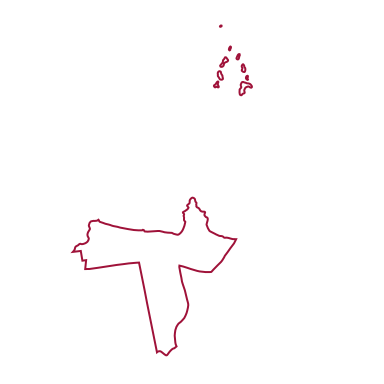 outline of Ha Tien, Kiên Giang, Vietnam, rotated 138°
{"feature_id": "81297802B34321495303848", "entity_name": "Ha Tien", "entity_type": "district", "adm_level": 2, "iso_a3": "VNM", "parent_name": "Vietnam", "parent_adm1": "Kiên Giang", "projection": "mercator", "projection_center": [104.405, 10.36], "detail": "fine", "context": "isolated", "style": "outline", "palette": "rose", "viewbox_px": 384, "rotation_deg": 138, "n_neighbors": 0, "source": "geoboundaries", "source_scale": "gbopen_adm2", "svg_char_len": 5889}
<svg xmlns="http://www.w3.org/2000/svg" viewBox="0 0 384 384"><g transform="rotate(138 192 192)"><path d="M306.8,87.6L306.6,88.2L306.0,89.8L305.1,91.3L301.0,96.8L299.3,98.4L296.8,100.5L293.8,102.2L291.5,102.9L290.1,103.2L287.0,103.0L284.6,103.2L282.1,103.5L279.5,104.5L277.0,105.7L274.8,107.1L272.4,108.8L270.6,110.3L269.7,111.4L268.9,112.8L267.5,115.6L263.1,123.7L260.6,129.5L259.4,132.1L257.4,135.2L254.6,140.0L251.6,144.8L250.6,145.7L248.4,142.5L246.0,138.4L244.5,135.7L241.0,130.0L239.5,127.9L235.3,123.2L231.4,119.8L230.8,119.7L228.0,120.0L221.8,120.4L217.3,120.6L215.5,120.9L212.0,121.9L210.3,122.6L205.7,123.5L200.9,124.6L195.2,125.7L192.8,126.6L190.8,127.4L193.3,129.8L194.7,131.9L195.4,133.1L196.2,134.2L197.2,135.3L198.1,135.9L198.5,136.4L198.7,136.8L198.8,138.1L199.1,138.8L199.4,139.3L200.9,140.9L201.3,141.6L202.0,143.3L202.4,144.1L202.8,145.3L204.7,150.2L204.9,150.8L205.0,151.6L204.4,154.4L203.1,157.9L202.8,158.2L202.4,158.5L200.9,159.5L199.7,160.2L198.3,161.4L198.0,162.0L197.8,162.6L197.8,162.8L198.4,164.0L198.4,165.9L198.3,166.3L198.0,166.7L197.6,167.1L197.1,167.4L196.1,167.9L195.8,168.3L195.8,168.6L195.9,169.0L197.0,170.0L197.5,170.6L197.9,171.2L198.1,171.6L198.2,172.4L198.1,173.4L197.9,174.1L197.8,175.4L198.0,176.1L198.5,177.3L198.5,177.9L198.4,178.4L197.9,178.8L197.4,179.7L196.3,180.6L195.9,181.1L195.9,182.4L195.6,183.1L194.8,184.4L194.6,184.8L194.6,185.3L194.6,185.9L195.0,186.9L195.3,187.3L195.6,187.6L196.5,187.8L197.5,187.8L198.8,187.5L199.3,187.3L201.0,185.6L201.3,185.4L201.6,185.3L204.1,185.4L204.4,185.3L204.8,185.1L204.9,184.8L205.0,182.8L205.5,182.5L206.3,182.3L207.1,182.2L210.5,182.6L211.3,182.9L212.1,183.0L212.3,183.0L212.6,182.5L212.7,182.1L212.6,181.3L212.7,180.8L213.4,180.2L214.2,179.9L214.4,179.5L214.7,178.7L215.1,178.2L215.8,177.5L216.7,176.5L216.9,175.7L216.9,174.4L217.2,174.1L220.2,172.0L222.9,170.6L224.8,169.8L226.4,169.4L228.2,169.2L230.0,169.3L230.7,169.5L231.3,169.9L232.1,170.9L233.6,173.2L234.3,175.1L237.2,178.0L239.3,180.4L240.3,182.0L242.2,184.7L243.5,185.9L251.5,192.2L253.5,194.3L253.6,194.6L253.3,195.7L253.4,196.1L253.7,196.6L254.0,196.9L254.3,196.9L254.5,196.8L255.0,197.1L257.7,199.6L260.6,202.6L264.4,207.3L269.2,213.6L270.7,216.0L273.3,219.4L274.2,220.9L274.8,222.1L275.8,223.7L277.6,226.3L278.9,228.8L280.4,231.4L280.5,231.9L280.5,232.3L280.2,233.1L280.1,233.7L280.1,234.0L281.3,234.1L282.0,234.4L283.4,235.4L284.6,236.5L285.4,237.0L286.6,237.7L287.1,237.8L288.9,237.5L290.7,236.4L291.3,235.9L291.7,234.8L292.1,233.7L292.4,233.1L292.7,232.8L293.0,232.6L295.0,232.0L296.3,231.6L297.9,230.6L298.6,229.8L299.1,228.9L299.4,227.7L299.6,226.9L299.9,226.4L300.6,225.9L301.6,225.4L303.0,225.0L304.4,225.1L305.5,225.3L307.3,226.0L308.3,226.6L309.0,227.2L309.7,228.3L310.1,228.5L310.5,228.6L311.3,228.7L312.1,228.6L314.5,229.2L315.2,229.2L316.0,228.9L317.8,227.7L319.0,227.4L320.6,227.2L314.1,222.6L319.4,214.3L316.3,212.2L322.9,206.2L320.0,203.6L312.6,198.6L296.8,188.2L291.1,184.2L286.7,181.2L281.0,176.9L278.6,175.0L292.9,150.8L299.8,139.4L325.3,96.3L324.8,96.3L324.1,96.2L323.2,95.8L322.4,95.2L322.0,94.6L321.7,93.6L321.0,89.4L320.6,88.1L320.1,87.6L319.3,87.5L316.0,88.2L314.4,88.4L312.2,88.5L310.6,88.2L309.7,87.7L306.8,87.6ZM81.5,233.6L80.2,233.1L79.6,232.8L79.1,232.1L78.9,231.1L78.7,230.6L78.2,229.9L77.6,229.8L77.3,229.9L76.9,230.3L76.7,230.7L76.6,231.1L76.5,232.0L76.5,232.9L76.7,233.7L76.9,234.1L77.4,234.9L78.5,236.1L78.8,236.7L79.0,237.3L79.8,238.4L80.2,239.3L80.5,239.7L80.8,239.9L81.2,240.1L81.6,240.1L81.9,240.1L83.9,239.2L84.5,238.5L85.1,237.1L85.4,236.8L86.0,236.6L87.6,236.4L88.0,236.3L89.9,234.4L90.8,233.1L91.1,232.6L91.2,231.9L91.0,231.4L90.7,231.0L90.3,230.8L89.3,231.0L88.5,231.0L87.1,230.4L86.9,230.4L86.6,230.5L86.1,230.9L85.6,232.0L85.0,232.7L84.7,232.9L83.1,233.6L82.3,233.7L81.5,233.6ZM86.9,266.0L86.7,265.7L86.4,265.3L85.8,264.9L85.5,264.8L85.0,264.7L84.0,264.8L83.3,265.2L82.4,265.9L81.7,266.1L80.9,266.1L80.4,266.0L78.8,265.4L78.3,265.3L77.6,265.4L77.2,265.6L77.0,265.8L76.9,266.0L76.6,268.9L76.7,269.4L77.0,269.7L77.2,269.9L77.4,269.9L78.4,269.6L79.2,269.3L80.5,269.2L80.8,269.1L82.0,268.1L82.6,267.7L83.8,267.5L86.1,267.2L86.6,267.0L86.8,266.5L86.9,266.0ZM92.0,263.7L92.9,263.4L93.6,262.8L94.3,261.8L95.1,261.0L95.3,260.5L95.3,259.8L95.8,257.4L95.7,256.7L95.3,256.1L94.8,255.6L94.2,255.3L93.6,255.3L93.3,255.4L93.2,255.6L92.8,256.1L92.2,257.2L91.5,258.2L91.4,258.7L91.4,259.4L91.1,260.4L90.4,261.7L90.3,262.2L90.2,262.3L90.3,262.7L90.6,263.2L90.8,263.4L91.2,263.6L92.0,263.7ZM69.3,252.9L70.5,252.5L70.8,252.3L71.3,251.6L71.5,250.7L71.7,250.3L72.1,249.9L72.7,249.7L73.1,249.5L73.7,249.0L73.8,248.8L73.8,248.3L73.6,247.2L73.0,246.3L72.7,246.1L72.1,246.1L71.2,246.6L70.3,247.4L69.6,248.4L69.4,249.7L69.2,250.4L68.7,251.0L68.5,251.9L68.5,252.6L68.7,252.8L69.0,252.9L69.3,252.9ZM104.8,256.1L105.0,255.2L104.9,254.5L104.8,254.3L104.5,254.2L103.4,254.0L103.3,253.8L102.9,252.7L102.7,252.5L102.3,252.1L102.1,252.1L101.8,252.2L101.6,252.5L101.0,254.3L100.6,255.0L100.1,255.4L99.1,255.9L98.8,256.2L98.7,256.6L98.8,256.8L99.1,256.9L99.6,257.0L100.5,256.8L102.5,256.3L103.1,256.3L103.8,256.5L104.4,256.4L104.8,256.1ZM66.6,263.0L69.2,261.8L69.5,261.6L69.7,261.1L69.7,260.6L69.3,259.9L68.9,259.7L68.3,259.7L67.8,259.9L65.7,261.4L65.2,261.5L64.6,262.2L64.4,262.6L64.6,262.9L65.2,263.2L65.8,263.2L66.6,263.0ZM73.6,241.5L74.3,241.5L75.1,241.1L75.7,240.6L75.9,240.2L76.0,239.5L76.0,238.9L75.8,238.5L75.6,238.1L75.4,238.1L75.2,238.1L75.0,238.7L74.7,239.2L74.5,239.4L73.4,240.2L73.0,240.6L72.9,240.8L73.0,241.2L73.3,241.3L73.6,241.5ZM66.4,274.5L67.7,274.2L68.1,274.0L68.9,273.5L69.3,273.1L69.4,272.6L69.3,272.1L69.0,272.0L68.6,272.0L68.0,272.5L66.6,273.1L66.3,273.4L66.0,273.8L66.0,274.1L66.1,274.4L66.4,274.5ZM60.2,296.5L60.4,296.4L60.5,296.1L60.5,295.9L60.0,295.6L59.7,295.5L59.2,295.4L58.8,295.7L58.7,295.9L58.9,296.2L59.1,296.4L59.4,296.4L60.2,296.5Z" fill="none" stroke="#9f1239" stroke-width="2"/></g></svg>